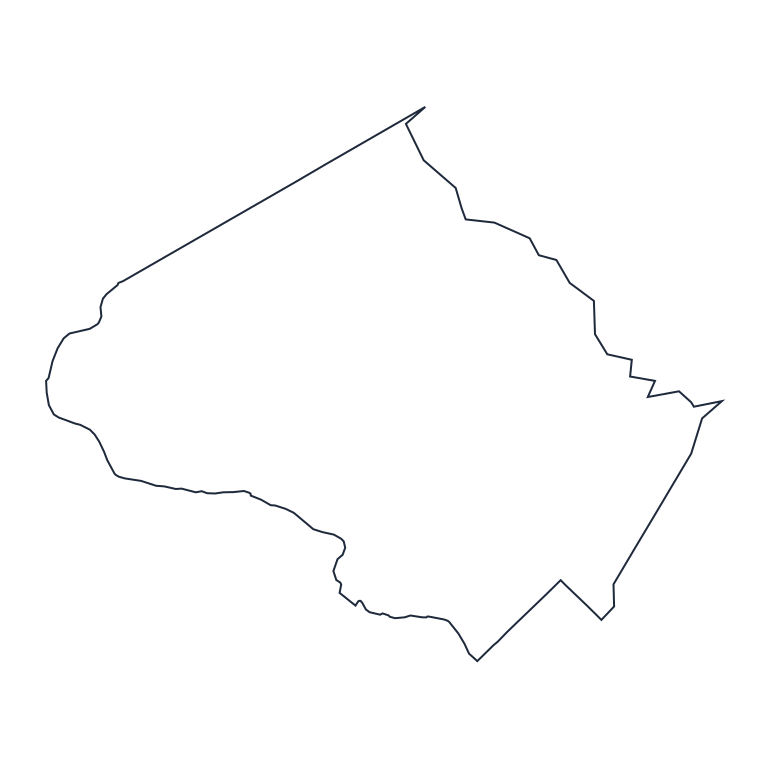 Montgomery, Maryland, United States of America
{"feature_id": "52423323B79763443872127", "entity_name": "Montgomery", "entity_type": "district", "adm_level": 2, "iso_a3": "USA", "parent_name": "United States of America", "parent_adm1": "Maryland", "projection": "natural_earth1", "projection_center": [-77.245, 39.144], "detail": "fine", "context": "isolated", "style": "outline", "palette": "slate", "viewbox_px": 768, "rotation_deg": 0, "n_neighbors": 0, "source": "geoboundaries", "source_scale": "gbopen_adm2", "svg_char_len": 1787}
<svg xmlns="http://www.w3.org/2000/svg" viewBox="0 0 768 768"><path d="M601.4,619.9L614.1,606.5L613.5,584.3L631.0,554.8L634.0,549.7L655.1,514.4L691.2,453.6L702.1,418.4L721.9,401.1L693.9,406.7L691.1,402.2L679.0,391.3L647.8,397.0L655.0,380.9L630.1,376.5L631.8,359.8L607.3,354.3L595.0,334.2L593.9,300.9L569.7,282.9L556.4,260.0L538.8,255.2L529.7,238.3L494.4,222.6L465.7,219.4L461.6,208.2L455.7,188.0L423.7,160.3L405.9,123.9L425.3,106.9L326.2,164.0L303.8,177.1L301.7,178.4L122.9,281.2L118.5,282.9L117.5,285.1L106.6,294.1L102.9,298.7L100.5,307.1L101.4,316.5L98.9,322.4L97.6,324.1L89.8,328.8L69.5,333.5L63.7,338.3L57.6,348.3L52.5,361.3L48.6,378.0L46.1,380.9L46.2,383.0L46.7,392.7L48.9,405.2L52.7,412.3L53.8,414.4L58.7,417.5L75.2,423.6L80.2,424.8L89.9,429.7L94.7,434.6L99.2,441.6L104.1,451.9L107.2,460.0L107.5,460.6L114.4,473.4L115.7,474.9L119.1,476.8L124.8,478.4L141.1,480.9L156.2,485.8L164.4,486.4L175.8,489.0L178.7,488.8L181.5,488.6L195.8,492.3L201.7,491.2L207.1,493.2L215.0,493.5L223.3,492.3L233.3,492.1L243.9,491.0L248.9,492.6L250.5,493.6L250.8,495.6L256.6,497.9L260.9,499.6L270.7,505.2L275.2,505.5L285.5,508.8L293.8,512.8L313.3,529.2L322.5,532.1L333.8,534.6L341.1,538.7L343.7,541.3L345.2,547.7L342.7,554.7L337.5,559.2L333.4,571.1L336.3,580.0L340.3,582.6L341.2,584.5L339.6,592.9L355.5,605.6L358.2,601.4L358.9,600.9L360.6,600.9L362.3,602.9L365.9,609.5L369.6,612.2L380.2,614.7L382.5,613.4L388.6,615.4L389.7,616.7L395.0,618.2L404.8,617.3L410.4,615.5L422.1,617.3L426.3,617.4L427.4,616.5L429.1,616.6L444.2,619.5L447.2,620.6L448.9,621.6L458.3,633.4L464.5,643.8L469.0,653.6L477.3,661.1L493.5,645.2L497.5,641.9L507.3,631.8L513.3,626.0L528.3,611.6L546.6,594.0L559.1,581.7L560.7,580.2L565.7,585.3L587.6,606.2L589.5,608.1L595.3,613.8L601.4,619.9Z" fill="none" stroke="#1e293b" stroke-width="2"/></svg>